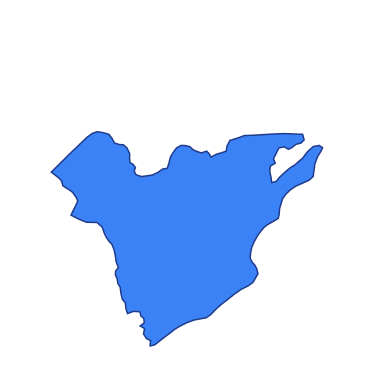 João Pessoa, Paraíba, Brazil (Natural Earth projection), rotated 51°
{"feature_id": "56859067B31395932343468", "entity_name": "João Pessoa", "entity_type": "district", "adm_level": 2, "iso_a3": "BRA", "parent_name": "Brazil", "parent_adm1": "Paraíba", "projection": "natural_earth1", "projection_center": [-34.87, -7.147], "detail": "fine", "context": "isolated", "style": "filled", "palette": "blue", "viewbox_px": 384, "rotation_deg": 51, "n_neighbors": 0, "source": "geoboundaries", "source_scale": "gbopen_adm2", "svg_char_len": 2210}
<svg xmlns="http://www.w3.org/2000/svg" viewBox="0 0 384 384"><g transform="rotate(51 192 192)"><path d="M123.0,216.3L116.6,214.8L112.1,215.6L109.4,218.6L105.1,221.4L100.1,220.4L94.8,220.3L89.5,224.1L85.4,227.9L83.7,232.6L83.4,239.2L85.5,264.1L88.0,288.8L92.4,287.8L96.6,286.8L101.0,286.3L105.9,288.4L109.8,287.2L113.4,285.9L117.2,285.0L123.5,285.4L127.2,286.5L129.9,292.1L132.0,296.8L133.9,300.6L141.3,297.3L145.1,295.3L149.2,293.0L151.9,289.7L155.9,285.0L163.0,283.9L168.8,286.1L173.2,287.1L177.7,287.5L182.3,287.2L187.5,288.8L192.4,291.2L198.4,294.8L204.4,296.8L205.4,301.2L208.2,303.7L212.4,304.8L216.2,307.1L220.7,307.7L226.4,311.2L231.5,313.6L236.3,313.6L240.8,316.6L245.9,318.6L248.0,312.5L252.3,307.9L256.0,309.7L260.1,309.1L263.6,311.4L263.5,316.6L268.2,314.8L271.8,319.0L277.4,319.6L281.4,317.7L285.2,321.4L287.3,317.3L287.4,311.9L287.5,304.6L287.8,297.9L287.8,292.2L288.4,287.2L290.1,279.0L291.3,275.2L292.7,271.2L295.6,265.7L298.6,260.4L299.1,255.3L298.5,250.1L298.0,245.9L297.8,239.9L298.0,231.5L298.0,223.3L298.6,215.0L300.3,207.5L300.6,201.4L297.1,192.3L292.2,189.9L288.0,189.2L284.2,189.4L280.0,188.4L276.2,184.8L272.6,180.4L269.7,174.9L267.0,167.9L265.8,163.4L264.8,157.9L264.9,153.7L266.0,147.4L266.8,141.7L264.3,138.4L259.9,134.2L256.5,129.2L254.3,125.9L252.8,120.7L252.2,113.9L252.8,107.5L255.1,99.0L256.5,93.7L256.2,88.1L252.3,83.9L247.6,79.0L243.6,72.3L241.7,66.8L239.8,62.6L235.8,63.9L233.0,69.1L233.3,76.2L234.2,80.4L235.4,84.8L235.4,89.7L235.7,94.9L235.1,99.5L235.0,103.7L235.2,109.1L235.6,114.3L236.8,120.0L234.8,124.1L230.2,121.3L224.9,118.6L221.2,114.9L222.0,109.2L217.4,107.7L214.9,102.1L212.4,96.8L214.9,91.9L219.5,90.2L220.4,86.2L220.3,81.4L222.6,76.3L222.1,72.1L216.8,69.7L204.8,83.4L197.1,93.7L194.0,98.1L187.3,107.5L181.0,115.9L179.6,120.4L175.8,130.1L178.3,135.9L181.8,139.7L180.1,144.4L178.0,149.2L176.8,155.3L173.3,154.6L169.5,154.9L167.4,160.3L163.9,162.4L160.4,164.4L155.3,165.2L151.6,168.1L148.9,171.2L148.0,176.4L149.6,182.3L151.3,186.8L155.0,191.7L158.0,196.3L155.7,200.3L155.3,206.4L153.8,212.3L150.6,217.6L148.3,221.4L143.5,224.6L139.5,223.9L137.4,220.6L133.4,220.4L130.1,221.7L126.4,219.2L123.0,216.3Z" fill="#3b82f6" stroke="#1e3a8a" stroke-width="1.5"/></g></svg>